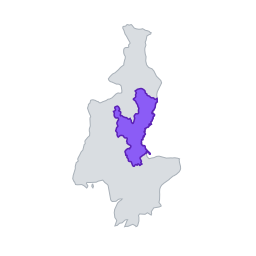 where Hamgyŏng-namdo sits in North Korea, rotated 323°
{"feature_id": "PRK-3311", "entity_name": "Hamgyŏng-namdo", "entity_type": "Province", "adm_level": 1, "iso_a3": "PRK", "parent_name": "North Korea", "parent_adm1": "", "projection": "orthographic", "projection_center": [127.614, 40.189], "detail": "fine", "context": "in_parent", "style": "filled", "palette": "violet", "viewbox_px": 256, "rotation_deg": 323, "n_neighbors": 0, "source": "natural_earth", "source_scale": "10m", "svg_char_len": 8919}
<svg xmlns="http://www.w3.org/2000/svg" viewBox="0 0 256 256"><g transform="rotate(323 128 128)"><path d="M150.6,183.7L149.7,184.2L148.2,186.9L146.8,190.3L145.5,192.2L144.0,193.2L142.3,193.8L138.9,194.1L135.9,193.8L135.0,193.5L130.8,193.7L129.7,193.9L123.7,193.7L120.6,193.9L118.6,194.6L116.6,195.9L114.8,198.0L113.3,200.2L110.1,204.2L107.9,206.1L107.9,209.0L107.8,209.8L107.1,210.4L106.8,210.1L105.5,209.9L100.5,207.3L96.3,208.8L95.2,210.8L94.1,211.5L92.5,207.4L89.7,207.2L85.5,203.6L83.6,204.3L83.1,205.7L80.7,208.9L77.3,211.5L76.2,211.9L75.0,211.6L75.2,210.9L73.9,207.8L68.7,206.5L66.8,205.1L65.9,204.8L71.1,201.6L72.5,201.0L71.5,200.2L70.4,199.8L66.2,200.2L64.0,199.0L60.8,199.3L58.6,198.3L63.3,195.2L63.6,193.2L63.6,191.7L66.0,187.4L68.4,185.0L74.5,181.7L77.1,181.3L79.0,181.5L80.6,181.2L79.0,179.9L77.4,179.2L74.3,179.3L71.1,177.2L70.9,175.1L77.5,162.0L77.6,160.8L76.7,157.6L76.5,154.4L72.1,152.5L70.1,152.2L64.6,148.5L62.4,146.7L61.4,147.2L61.2,150.0L60.4,150.6L58.9,151.1L58.2,147.8L57.1,145.4L53.4,142.9L52.1,141.6L52.9,138.8L52.6,138.5L53.3,135.3L55.6,133.0L61.4,128.8L62.9,126.8L65.8,124.5L67.1,124.5L68.4,124.4L68.8,123.3L69.2,122.5L70.3,121.8L73.1,120.5L76.2,118.9L78.7,118.4L81.8,115.9L83.1,114.8L84.3,114.8L84.7,114.3L85.4,112.9L86.4,112.1L87.7,111.9L89.9,111.3L92.7,111.0L94.6,108.8L95.2,107.2L96.5,105.5L99.1,103.7L101.0,100.9L103.0,97.9L103.9,96.9L104.9,96.7L105.4,95.6L106.1,92.4L107.1,89.3L107.6,87.8L109.9,86.2L110.5,85.4L111.0,85.2L112.1,85.4L113.5,84.5L114.8,83.4L116.1,83.8L117.3,84.7L118.6,86.4L119.1,87.8L120.1,89.0L120.3,90.6L121.3,91.4L123.5,91.8L127.1,92.9L129.4,93.0L130.7,93.8L133.4,94.3L138.9,93.6L141.2,94.0L142.1,95.1L143.5,95.9L144.4,95.9L145.6,94.5L146.9,92.1L147.8,90.4L147.7,88.9L147.0,87.4L145.2,86.0L144.0,83.8L142.8,81.6L142.1,80.8L141.6,79.7L141.5,78.0L141.9,76.9L144.6,76.1L148.1,75.6L150.9,76.1L155.6,75.7L158.5,75.1L160.6,75.1L162.6,75.1L163.4,74.1L166.2,71.7L167.5,70.9L168.9,69.3L169.1,67.6L169.4,66.3L170.2,64.8L171.6,63.0L172.8,62.2L174.1,62.2L175.6,63.0L176.5,63.8L177.5,63.6L178.3,62.2L178.9,61.9L180.5,61.7L181.0,60.9L181.6,56.7L182.1,53.5L182.2,51.2L183.5,47.5L183.9,45.2L184.8,44.1L185.8,44.2L186.6,44.8L187.7,45.2L189.1,44.8L190.1,45.3L190.7,46.5L192.8,47.3L193.0,47.9L193.1,52.0L194.3,53.8L195.9,55.5L198.0,57.0L199.2,57.3L199.9,58.4L200.6,60.3L202.1,62.1L203.0,63.5L203.2,64.9L203.9,65.7L202.7,66.6L201.1,66.1L198.5,65.9L195.2,68.8L193.4,69.8L192.2,72.6L189.6,74.3L188.2,76.0L186.4,79.1L185.3,82.0L182.5,85.1L180.9,88.8L180.9,92.0L182.8,95.2L183.0,98.0L181.9,103.8L182.8,109.8L182.0,112.2L173.3,116.6L171.0,118.7L167.8,124.2L163.9,126.2L161.4,128.5L158.0,129.8L155.9,133.7L153.5,135.8L150.6,137.2L148.5,138.9L143.7,139.0L140.3,140.2L137.9,143.4L130.6,147.0L129.6,149.7L130.0,154.0L130.1,157.2L129.4,159.9L127.8,159.1L127.0,160.0L126.0,162.4L126.3,165.2L128.8,166.2L130.9,167.3L133.8,167.9L135.9,169.2L140.5,175.1L144.3,177.7L145.3,178.6L147.4,179.9L149.4,181.9L150.6,183.7ZM65.3,153.8L63.9,154.7L63.9,153.0L65.0,151.7L66.1,151.6L65.3,153.8Z" fill="#d9dde1" stroke="#a8b0b8" stroke-width="1"/><path d="M169.0,121.8L168.9,122.1L168.8,122.4L167.9,123.5L167.1,124.8L165.9,124.7L164.6,125.2L162.8,127.2L161.9,128.0L161.1,128.2L160.7,128.6L159.9,128.9L159.5,128.9L159.2,129.3L158.5,129.1L157.7,129.4L157.3,130.0L156.9,130.1L156.9,129.8L156.5,130.0L156.0,130.5L156.0,131.3L156.3,131.5L157.0,131.8L157.1,132.1L157.2,132.3L157.1,132.8L157.2,133.5L156.9,133.7L156.3,134.2L156.1,134.2L155.8,134.0L155.3,134.0L155.1,134.2L154.2,134.7L154.1,135.2L153.9,135.4L153.5,135.7L152.7,135.7L152.0,136.5L151.6,136.7L151.1,136.9L150.6,136.8L149.9,136.9L149.3,137.9L149.0,139.1L148.4,139.0L147.9,137.9L147.5,137.6L146.8,137.9L146.6,138.2L146.8,139.1L146.6,139.1L146.0,139.1L145.8,139.1L145.5,139.2L145.1,139.5L144.9,139.5L144.6,139.5L144.5,139.2L141.2,138.6L141.1,138.8L141.1,139.2L141.0,139.4L140.8,139.6L140.6,139.7L140.4,139.8L140.2,139.9L139.8,140.6L139.6,140.9L139.4,141.0L138.8,140.6L138.4,141.3L138.4,141.9L138.3,143.2L138.0,143.5L135.8,143.7L136.1,144.0L136.1,144.3L135.3,144.7L134.4,144.6L133.7,144.9L133.3,145.9L132.9,146.2L132.5,145.8L131.9,145.5L131.5,146.1L131.2,146.2L130.8,146.6L130.4,146.9L130.1,147.7L129.4,148.1L129.2,148.4L129.2,148.6L129.0,149.1L128.9,149.4L128.9,149.7L129.0,150.1L129.1,150.9L129.2,151.2L129.3,151.4L129.6,151.3L130.2,151.6L130.6,152.2L130.7,152.9L129.8,154.3L129.4,155.6L129.8,157.8L130.4,160.9L130.4,161.8L130.2,162.1L129.9,162.3L129.7,162.2L129.4,161.8L129.4,161.4L129.5,160.9L129.9,160.1L129.1,158.9L129.0,158.4L128.8,158.1L128.5,158.0L128.1,158.2L127.4,158.9L127.4,159.0L127.0,158.8L126.9,158.8L126.7,158.8L125.9,158.8L124.7,159.0L123.5,158.7L122.7,158.7L121.4,158.9L120.5,158.7L120.4,158.7L120.2,158.8L119.8,159.0L119.6,159.2L119.4,159.4L119.3,159.6L119.2,159.9L119.1,160.9L118.9,161.6L118.8,162.2L118.8,162.4L118.7,162.6L118.4,162.9L118.2,163.0L117.5,163.2L117.4,163.3L117.3,163.6L117.4,164.1L117.5,164.7L117.5,164.8L117.5,165.1L117.2,165.3L116.7,165.0L116.4,165.0L116.0,164.9L115.3,165.1L115.2,165.1L114.8,164.9L114.7,164.8L114.7,164.6L114.8,164.0L114.9,163.8L114.8,163.5L114.8,163.2L114.6,163.0L114.5,162.8L114.3,162.7L114.2,162.7L113.8,162.7L113.6,162.7L113.4,162.8L113.2,163.1L112.9,163.2L112.7,162.9L112.6,162.6L112.5,162.2L112.4,162.1L112.1,161.8L111.9,161.8L111.6,161.8L111.4,161.8L111.2,161.9L110.4,162.2L110.1,162.3L109.9,162.3L109.8,162.2L109.6,162.1L109.4,161.9L109.2,161.6L109.2,161.4L109.2,161.0L109.2,160.5L109.8,158.4L110.1,157.4L110.2,157.2L110.1,156.7L109.9,156.4L109.0,155.6L108.8,155.3L108.7,155.1L108.6,154.9L108.6,154.7L108.7,154.3L108.9,153.7L109.1,153.5L109.3,153.2L109.5,152.9L109.6,152.7L109.6,152.3L109.6,152.1L109.6,151.9L109.4,151.4L109.4,151.2L109.4,150.9L109.6,150.6L110.6,149.6L110.6,149.3L110.6,149.1L110.0,148.9L109.9,148.8L109.8,148.6L109.9,148.3L110.2,147.7L110.6,147.1L110.7,146.9L110.8,146.7L111.1,145.6L111.2,145.3L111.4,145.1L111.5,144.9L111.9,144.7L112.2,144.6L113.6,144.3L115.1,144.3L115.5,144.4L115.8,144.5L116.0,144.6L116.5,145.4L116.6,145.5L116.9,145.6L117.1,145.5L117.2,145.4L117.4,145.1L117.6,145.0L117.7,144.9L118.7,144.9L118.9,144.8L119.0,144.7L119.2,144.4L119.4,144.1L119.4,143.9L119.5,143.7L119.4,143.3L119.3,143.0L118.6,141.7L118.5,141.4L118.2,140.2L118.1,139.8L118.1,139.6L118.2,139.4L118.3,139.3L118.6,139.2L118.8,138.9L118.8,138.7L118.8,138.4L118.8,138.1L118.9,137.8L120.7,136.4L120.9,136.1L121.0,135.9L121.1,135.7L121.1,135.3L121.0,135.1L120.7,134.9L119.8,134.3L119.6,134.1L119.5,133.8L119.4,133.3L119.3,132.4L119.3,132.2L119.5,131.8L119.5,131.7L119.5,131.3L119.5,131.2L119.3,131.0L118.2,129.8L118.0,129.7L117.7,129.5L117.2,129.4L116.9,129.3L114.7,129.4L114.7,128.9L114.7,128.4L114.8,127.8L115.0,127.3L115.4,126.5L116.0,125.9L116.5,125.2L116.5,124.3L116.4,123.1L116.7,122.6L117.3,122.3L118.0,121.8L118.4,121.4L118.7,121.2L119.0,121.0L119.5,120.8L120.6,120.7L120.9,120.5L121.3,119.8L121.7,118.0L122.2,117.2L124.1,116.1L125.1,115.8L125.4,115.6L125.7,115.3L125.9,115.0L126.0,114.6L126.0,113.9L125.7,113.5L124.8,113.1L124.2,112.4L124.1,111.3L124.3,110.1L124.7,109.3L125.9,108.0L126.2,107.2L126.4,106.0L127.3,106.3L128.3,106.3L128.8,106.2L129.1,105.8L129.2,105.2L129.3,104.6L129.7,103.7L130.3,103.4L132.0,103.8L132.8,104.2L133.1,105.0L133.1,106.0L132.9,107.2L132.8,107.7L132.7,108.0L132.4,108.3L132.0,108.4L131.3,108.4L131.0,108.6L131.1,109.0L131.7,110.0L131.8,110.8L131.4,111.5L129.9,112.7L129.6,113.0L129.4,113.4L129.4,113.8L129.7,113.9L130.2,114.0L130.5,114.3L130.6,114.7L130.8,115.6L130.9,116.0L131.9,117.7L132.1,118.1L132.4,118.3L132.7,118.4L132.9,118.7L133.2,119.1L133.3,120.3L133.5,120.8L133.6,121.1L133.9,121.3L134.1,121.4L134.4,121.5L135.2,121.5L135.5,121.6L135.3,122.0L135.1,122.4L135.1,122.7L135.2,123.0L135.2,123.5L135.2,123.9L135.0,124.2L134.6,124.7L134.4,125.1L134.3,125.4L134.3,126.3L134.3,126.9L134.5,127.2L134.8,127.3L135.2,127.2L136.7,126.3L138.9,124.5L139.3,124.1L139.5,123.6L139.6,123.1L139.8,122.7L140.0,122.3L140.3,122.0L142.2,121.4L142.6,121.3L142.9,121.4L143.2,121.6L143.9,122.3L144.6,122.6L145.2,122.5L145.9,121.8L146.8,120.4L147.2,119.9L148.3,119.0L148.6,118.5L148.7,118.2L148.8,117.0L149.0,116.6L149.3,115.9L149.5,115.5L149.6,115.0L149.7,114.4L149.7,113.3L149.8,112.8L150.1,111.7L150.2,111.1L150.0,110.3L149.7,109.3L149.5,108.5L149.9,108.0L150.7,108.0L151.6,108.0L152.4,108.0L153.1,107.6L153.4,107.2L153.8,106.3L154.1,105.9L154.5,105.6L155.5,105.3L155.8,104.9L155.9,104.5L155.9,104.0L155.9,103.5L155.9,103.1L156.0,102.7L156.4,102.6L157.4,102.9L157.6,102.9L158.2,102.8L158.6,102.7L158.9,102.8L161.5,103.9L162.4,104.5L163.0,105.3L163.6,106.8L163.8,107.6L163.9,108.4L163.7,109.0L163.2,109.9L163.0,110.5L163.0,111.0L163.3,111.5L163.5,112.0L163.4,112.5L163.1,112.9L163.0,113.4L163.2,113.9L163.5,114.4L164.0,115.0L164.2,115.3L164.3,115.6L164.4,116.0L164.4,116.8L164.5,117.2L164.8,117.8L165.3,118.3L166.2,119.0L166.6,119.5L166.6,119.9L166.6,120.4L166.6,121.0L166.9,121.4L167.3,121.6L167.8,121.7L169.0,121.8Z" fill="#8b5cf6" stroke="#5b21b6" stroke-width="1.5"/></g></svg>